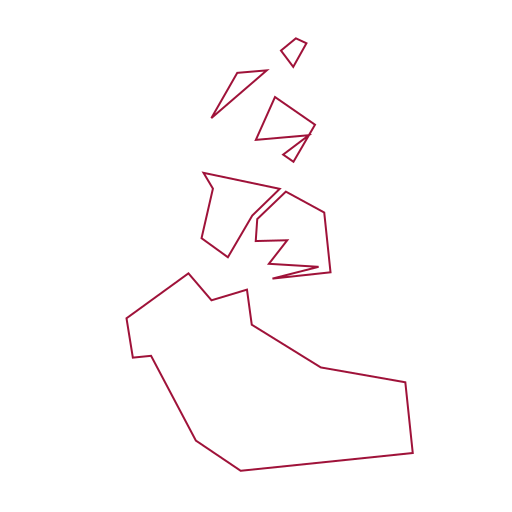 map outline of Northwest Territories (Mercator projection), rotated 354°
{"feature_id": "CAN-635", "entity_name": "Northwest Territories", "entity_type": "Territory", "adm_level": 1, "iso_a3": "CAN", "parent_name": "Canada", "parent_adm1": "", "projection": "mercator", "projection_center": [-123.126, 69.383], "detail": "coarse", "context": "isolated", "style": "outline", "palette": "rose", "viewbox_px": 512, "rotation_deg": 354, "n_neighbors": 0, "source": "natural_earth", "source_scale": "10m", "svg_char_len": 714}
<svg xmlns="http://www.w3.org/2000/svg" viewBox="0 0 512 512"><g transform="rotate(354 256 256)"><path d="M120.7,304.4L187.0,266.2L207.1,295.4L243.5,288.5L244.6,323.9L308.8,373.6L391.3,397.2L391.3,468.3L218.3,468.0L176.9,433.3L141.2,344.3L122.9,344.2L120.7,304.4ZM328.4,280.0L270.0,280.2L317.1,273.3L268.0,265.1L288.7,243.6L257.3,241.1L261.1,219.4L292.4,195.1L328.4,219.9L328.4,280.0ZM286.6,191.7L256.5,215.4L227.9,254.3L203.7,232.6L220.2,184.5L212.5,167.8L286.6,191.7ZM328.4,131.6L303.1,166.2L293.6,158.0L321.2,141.4L268.0,140.5L291.5,99.9L328.4,131.6ZM286.1,72.5L226.0,114.2L256.5,71.9L286.1,72.5ZM328.4,49.7L312.8,71.8L302.3,54.3L318.4,43.7L328.4,49.7Z" fill="none" stroke="#9f1239" stroke-width="2"/></g></svg>